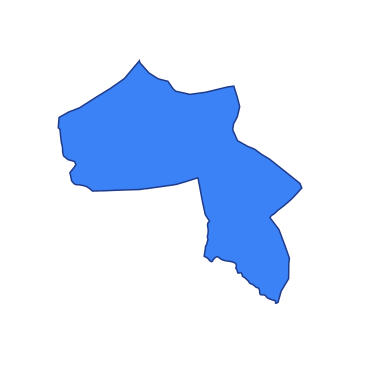 Habila - WD, Western Darfur, Sudan (Mercator projection), rotated 328°
{"feature_id": "16777658B76489940696560", "entity_name": "Habila - WD", "entity_type": "district", "adm_level": 2, "iso_a3": "SDN", "parent_name": "Sudan", "parent_adm1": "Western Darfur", "projection": "mercator", "projection_center": [22.41, 12.608], "detail": "fine", "context": "isolated", "style": "filled", "palette": "blue", "viewbox_px": 384, "rotation_deg": 328, "n_neighbors": 0, "source": "geoboundaries", "source_scale": "gbopen_adm2", "svg_char_len": 2765}
<svg xmlns="http://www.w3.org/2000/svg" viewBox="0 0 384 384"><g transform="rotate(328 192 192)"><path d="M113.0,66.1L112.6,66.7L113.3,68.7L109.7,76.0L108.6,78.4L107.5,80.6L106.4,84.1L105.0,87.0L103.4,89.7L102.2,93.4L104.0,98.9L108.6,103.9L107.9,107.4L104.4,108.9L98.7,110.9L96.9,116.1L95.9,118.4L96.0,120.4L96.4,122.5L97.5,124.3L99.6,125.7L101.2,127.1L103.0,128.7L104.0,129.9L105.2,131.1L106.7,134.2L107.7,137.0L108.1,138.4L108.1,138.5L108.4,138.6L109.9,139.5L110.8,140.0L111.2,140.3L113.3,141.5L115.2,142.6L117.8,144.2L119.9,145.4L122.0,146.6L124.5,148.0L133.4,153.1L134.8,153.9L135.7,154.4L136.0,154.6L140.3,157.1L148.8,162.1L151.1,163.1L153.3,164.0L154.0,164.3L154.3,164.5L154.6,164.8L170.5,171.9L179.9,176.1L182.9,177.3L188.2,178.8L191.8,179.8L204.3,183.0L204.2,184.2L203.8,185.3L202.8,187.6L201.7,190.6L199.3,196.7L198.2,199.5L197.1,202.2L196.7,203.4L195.8,205.7L194.8,208.4L193.8,211.2L191.3,218.1L191.3,220.4L191.4,226.0L190.8,226.3L189.4,226.5L188.2,227.6L187.6,228.3L187.0,229.7L186.6,230.5L185.6,232.9L184.4,234.5L183.2,236.2L181.6,237.6L180.9,239.0L180.8,239.3L180.2,241.0L179.0,241.9L178.2,242.6L177.8,243.3L176.0,244.5L174.6,245.4L173.0,247.5L171.6,249.1L168.7,252.4L168.2,253.3L169.2,254.2L169.6,255.5L169.8,255.8L170.1,256.1L170.5,257.8L170.5,259.2L170.8,260.2L171.7,261.5L172.9,261.5L173.9,260.7L176.7,259.9L176.8,259.9L178.6,260.0L179.7,260.7L180.2,262.3L180.6,263.2L180.7,263.5L180.8,263.8L181.7,265.5L181.8,265.5L183.3,267.4L185.8,269.6L186.8,270.4L189.4,272.9L190.8,274.8L191.1,276.6L190.8,277.7L190.3,278.3L190.2,278.4L188.7,279.9L188.8,280.4L188.8,280.8L188.9,281.2L188.9,282.4L188.6,282.9L188.2,283.7L188.2,283.8L188.0,284.9L188.7,285.6L189.9,285.9L190.8,286.7L190.8,287.7L190.6,288.9L190.1,290.2L190.8,291.4L191.3,292.6L191.8,294.1L192.2,296.0L192.7,297.4L192.7,298.1L192.5,299.3L192.8,300.4L194.4,302.5L195.1,304.3L195.8,306.6L197.5,308.8L197.3,310.8L196.5,312.4L195.9,313.6L195.6,315.2L196.6,316.1L198.9,317.7L199.4,318.9L199.6,320.8L200.1,322.2L201.3,324.0L202.7,325.8L203.2,326.4L203.9,327.2L204.9,328.0L204.7,329.5L204.0,330.5L204.5,331.0L205.6,331.0L206.5,331.2L207.2,330.5L215.1,323.3L228.0,316.7L236.4,303.7L239.5,299.8L242.3,287.4L245.8,269.9L244.5,255.1L246.2,254.2L248.3,254.0L250.6,254.0L255.3,253.0L262.6,252.3L271.9,250.9L277.3,249.6L287.2,246.8L287.2,246.7L288.1,241.9L275.2,205.3L270.8,196.6L267.7,188.7L263.2,182.5L257.8,172.6L259.4,161.3L259.5,160.7L263.3,156.3L270.3,152.2L276.7,145.9L277.6,145.0L278.5,142.3L280.7,135.3L283.1,126.2L283.6,124.4L278.2,121.9L256.6,114.7L242.1,108.2L231.7,98.0L230.7,95.0L230.2,85.3L223.6,78.5L221.8,75.1L218.6,68.3L216.3,54.9L216.9,52.8L216.7,52.9L194.7,60.0L177.7,60.9L160.8,60.8L141.1,61.0L129.7,58.8L118.8,58.3L113.0,66.1Z" fill="#3b82f6" stroke="#1e3a8a" stroke-width="1.5"/></g></svg>